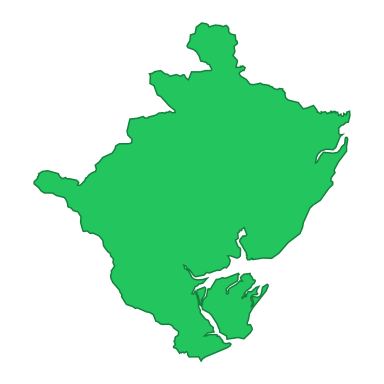 Angoche, Nampula, Mozambique (Albers equal-area conic projection)
{"feature_id": "85939544B28799715012212", "entity_name": "Angoche", "entity_type": "district", "adm_level": 2, "iso_a3": "MOZ", "parent_name": "Mozambique", "parent_adm1": "Nampula", "projection": "albers", "projection_center": [39.817, -16.095], "detail": "fine", "context": "isolated", "style": "filled", "palette": "green", "viewbox_px": 384, "rotation_deg": 0, "n_neighbors": 0, "source": "geoboundaries", "source_scale": "gbopen_adm2", "svg_char_len": 5999}
<svg xmlns="http://www.w3.org/2000/svg" viewBox="0 0 384 384"><path d="M349.9,115.6L349.6,111.2L347.0,112.0L346.4,114.8L343.7,113.4L343.8,115.5L342.8,116.3L341.3,115.9L340.9,114.1L338.6,115.5L337.5,112.2L336.2,112.4L335.7,113.6L335.6,111.8L334.9,111.4L333.7,111.5L333.5,112.4L331.7,111.5L331.6,112.6L330.5,111.6L329.8,113.0L328.2,112.9L327.4,113.7L325.4,111.8L322.4,112.3L321.2,111.8L321.3,113.5L319.4,113.2L318.1,112.0L317.3,112.2L316.9,110.1L313.5,105.5L306.5,108.2L303.0,108.7L298.2,102.5L288.5,100.2L285.8,98.0L284.8,94.4L285.3,93.2L283.7,91.0L282.7,90.7L282.8,89.0L279.2,88.5L277.9,89.5L274.3,88.8L271.8,86.6L270.0,86.5L269.2,85.4L262.3,84.3L260.6,83.2L253.5,84.7L250.0,84.2L246.3,79.5L240.7,76.1L239.2,73.8L239.6,72.5L242.6,70.5L244.0,70.5L245.1,67.7L242.8,65.9L241.8,66.5L240.5,66.3L240.6,67.4L235.9,67.3L237.4,61.4L237.1,60.1L233.0,55.7L234.9,51.6L234.0,46.4L237.4,43.6L237.2,41.4L235.7,39.9L235.3,35.1L230.7,34.0L229.6,32.9L228.5,31.1L228.8,29.0L227.9,26.9L226.2,25.4L222.8,26.7L220.8,25.6L215.1,25.1L209.6,26.7L208.8,26.7L208.1,24.8L206.3,23.8L201.8,23.0L196.3,27.1L195.1,33.5L190.5,34.9L189.9,40.8L187.5,44.6L187.1,46.4L188.2,47.7L193.9,49.7L196.6,52.0L199.2,56.0L200.7,61.0L206.2,62.3L207.3,63.9L209.5,64.7L211.7,69.2L211.1,70.5L205.5,70.6L200.3,71.9L191.5,71.9L188.5,79.8L186.1,78.1L184.3,74.9L182.9,74.7L180.8,76.3L176.4,74.6L169.8,76.2L167.6,74.3L165.0,73.9L160.7,70.6L154.6,71.7L152.6,73.2L149.4,73.9L150.4,75.6L150.0,83.5L154.0,85.6L157.3,94.8L161.0,96.7L169.1,105.7L174.8,110.3L175.1,112.5L172.5,112.8L169.5,111.2L168.3,112.3L165.9,112.3L164.7,113.4L163.2,112.7L158.8,113.1L156.0,115.1L148.4,117.1L147.7,118.1L144.9,118.0L143.3,116.5L137.2,118.3L129.9,119.1L127.0,131.3L127.9,135.1L131.9,139.1L131.7,142.8L128.8,143.7L119.3,143.8L115.8,145.9L114.9,149.1L112.4,153.0L102.7,157.5L99.4,161.8L95.2,165.2L96.4,169.1L95.5,171.4L91.8,172.9L88.5,175.3L87.4,177.2L85.6,178.2L84.8,180.6L80.3,185.3L77.5,185.1L78.8,182.6L76.7,180.3L69.3,178.7L67.1,178.9L65.5,177.5L62.5,178.7L60.0,176.8L58.3,173.7L47.6,170.7L42.3,171.5L38.5,173.9L38.9,175.4L37.6,176.9L37.5,178.5L34.2,181.7L34.1,183.8L39.0,187.9L40.8,190.6L44.1,192.9L52.4,193.0L56.5,195.5L64.0,197.4L65.6,199.0L67.4,202.7L67.9,206.7L71.3,208.2L73.3,210.6L77.8,211.8L81.0,216.7L80.6,222.4L83.0,231.0L84.4,231.5L87.0,230.8L90.2,233.4L93.0,233.1L98.9,235.7L102.8,240.3L103.5,245.5L104.5,247.4L108.1,252.0L110.3,253.3L110.6,255.9L113.4,258.8L113.0,262.7L114.6,266.1L111.3,270.9L111.6,272.8L110.6,275.4L111.0,278.4L112.9,282.5L119.4,290.0L120.2,292.5L121.9,294.6L121.6,296.7L126.4,304.4L132.9,306.6L135.3,308.4L137.1,307.8L146.6,311.9L149.6,312.4L153.4,314.7L155.8,321.1L158.1,321.9L160.4,323.8L162.0,324.4L169.3,324.2L172.3,325.8L173.9,328.2L178.3,331.3L178.6,332.3L178.1,335.4L175.7,336.7L174.9,338.3L175.0,340.3L174.0,341.0L175.4,344.4L173.5,346.7L173.6,347.5L176.5,348.6L179.6,353.2L180.2,352.4L181.2,352.9L182.9,352.0L184.2,353.0L186.5,351.6L187.5,352.6L187.8,354.9L189.1,356.9L198.7,356.8L201.1,361.0L202.6,358.8L205.4,356.9L227.4,347.6L230.0,345.9L231.0,344.1L229.4,343.0L225.5,343.7L223.4,342.7L222.4,341.8L222.9,341.1L219.1,336.2L217.2,336.5L217.3,335.0L216.3,334.6L209.2,334.6L206.5,335.9L204.4,335.9L208.0,332.9L214.0,331.9L213.0,329.5L213.3,327.5L210.1,324.7L208.4,320.6L205.3,319.0L200.2,312.7L200.3,310.2L198.7,307.2L198.2,300.1L195.1,291.1L193.5,294.3L191.8,293.7L195.2,286.6L197.5,285.7L198.5,284.2L202.7,283.3L207.3,278.2L202.3,279.6L197.8,279.9L194.3,279.3L191.9,277.4L188.9,271.2L184.7,268.4L183.8,265.2L185.7,266.0L187.1,268.4L189.9,270.0L193.6,275.5L195.6,276.7L203.9,275.1L206.7,272.5L209.3,273.0L216.6,270.4L220.0,270.3L224.2,267.4L226.4,267.9L229.1,264.7L230.3,260.4L227.8,255.9L230.3,255.8L236.8,258.1L238.9,257.4L240.3,255.9L240.5,249.2L240.1,248.1L238.0,246.7L235.4,240.0L238.1,238.5L237.8,233.0L239.6,231.7L239.9,230.1L241.5,230.5L241.9,229.1L244.2,227.7L246.8,234.5L245.6,236.1L243.1,235.9L240.1,239.4L239.6,241.4L246.6,253.3L246.3,255.0L247.2,255.6L246.6,257.7L247.6,259.8L249.9,259.8L251.4,258.3L252.4,258.5L251.9,259.2L253.0,259.6L262.8,258.0L271.7,258.3L279.0,253.1L288.1,242.6L300.0,233.5L302.6,227.1L303.3,222.8L309.8,208.2L313.2,204.9L320.3,200.3L329.0,188.1L332.7,184.7L332.8,182.3L332.3,181.5L331.1,181.4L330.8,180.0L331.4,177.5L335.1,172.5L334.2,171.2L334.3,169.7L338.1,162.4L346.6,151.1L346.5,146.5L347.7,139.4L347.1,137.5L346.1,137.3L345.3,138.0L344.7,144.1L341.7,146.7L340.0,149.9L337.4,152.5L333.0,153.2L323.5,152.3L320.7,155.6L316.9,162.2L315.5,162.9L316.4,157.4L317.8,154.1L321.2,150.9L326.1,149.2L333.2,149.7L335.7,147.6L340.1,136.6L342.6,134.5L340.1,134.9L338.7,133.5L338.8,127.8L341.7,125.1L343.3,124.9L346.0,122.5L348.3,122.2L349.9,115.6ZM237.9,279.2L238.0,275.4L239.1,274.4L238.4,273.3L226.5,277.9L224.2,278.3L222.7,277.6L218.8,279.2L216.2,279.5L210.4,289.1L209.7,289.6L208.9,288.7L207.8,289.2L206.5,296.4L203.1,299.9L202.4,302.9L202.0,306.7L202.6,309.4L209.1,312.8L211.3,314.9L216.9,323.5L219.6,330.1L219.8,332.2L226.6,336.0L227.0,339.2L238.0,337.5L243.9,338.8L250.2,332.8L252.1,329.7L252.1,328.2L250.4,324.7L247.8,324.9L247.0,323.2L248.4,319.7L249.5,313.5L252.9,307.7L266.1,290.9L267.9,286.7L268.1,285.0L267.2,284.3L262.6,287.2L261.1,294.5L259.8,296.3L257.3,297.4L253.3,296.5L251.9,296.9L253.6,303.2L253.0,305.3L250.8,307.3L252.7,302.9L250.8,299.8L251.1,296.5L253.1,294.8L256.8,294.6L257.7,293.9L256.4,292.2L257.0,289.6L258.9,286.5L255.8,287.6L251.3,291.8L248.2,291.6L246.7,294.2L246.4,296.4L243.0,297.4L242.5,298.4L241.9,297.9L243.2,296.1L245.7,295.1L245.4,294.1L244.1,293.8L246.1,291.0L251.0,287.3L251.6,285.4L254.3,283.1L255.3,280.8L254.9,280.1L252.9,279.6L252.4,277.8L250.1,274.7L250.1,273.5L243.7,274.3L240.7,277.3L240.7,278.7L242.3,281.2L240.0,280.8L236.5,284.4L230.4,287.8L228.3,289.8L228.4,293.3L227.0,294.1L226.2,293.1L227.0,291.3L226.0,290.2L226.2,289.0L229.3,285.8L237.0,281.3L237.9,279.2ZM201.3,305.9L201.5,299.6L204.2,295.7L205.6,289.8L205.5,288.0L204.6,287.1L197.2,290.0L196.6,292.4L198.3,296.2L200.1,305.0L201.3,305.9Z" fill="#22c55e" stroke="#15803d" stroke-width="1.5"/></svg>